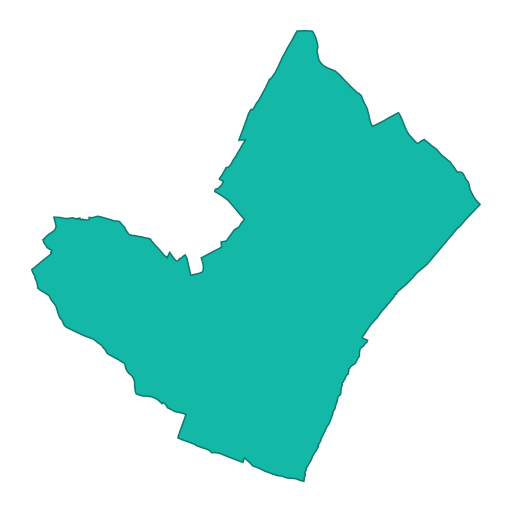 Delesti, Vaslui, Romania
{"feature_id": "2599482B7658648918127", "entity_name": "Delesti", "entity_type": "district", "adm_level": 2, "iso_a3": "ROU", "parent_name": "Romania", "parent_adm1": "Vaslui", "projection": "albers", "projection_center": [27.539, 46.694], "detail": "fine", "context": "isolated", "style": "filled", "palette": "teal", "viewbox_px": 512, "rotation_deg": 0, "n_neighbors": 0, "source": "geoboundaries", "source_scale": "gbopen_adm2", "svg_char_len": 5993}
<svg xmlns="http://www.w3.org/2000/svg" viewBox="0 0 512 512"><path d="M303.9,481.3L304.0,480.9L304.0,480.0L304.2,479.2L304.3,478.5L304.2,478.0L304.9,476.2L305.3,474.2L305.1,473.8L304.8,473.1L304.7,472.7L306.0,470.4L306.2,469.6L306.1,469.2L306.0,468.7L311.2,459.9L312.9,455.8L313.7,454.3L314.5,452.9L316.0,451.0L318.6,446.2L317.8,445.3L318.8,444.3L319.5,442.9L320.4,441.3L320.9,440.1L320.9,439.4L324.9,431.1L326.5,427.6L327.5,425.9L328.3,424.9L329.2,423.3L329.6,422.1L331.0,418.8L332.6,414.2L332.9,413.3L333.0,412.2L333.4,411.1L333.9,410.1L334.5,409.6L334.8,409.1L335.6,405.5L335.8,404.9L336.4,403.6L337.1,401.3L338.1,396.7L338.3,396.4L339.8,395.2L340.4,394.6L340.9,392.5L341.0,391.4L341.0,389.9L341.1,388.6L341.6,386.8L342.3,385.1L342.1,384.4L342.0,383.7L342.1,383.2L343.2,382.0L343.9,380.3L344.7,379.6L345.0,378.2L345.4,377.7L345.9,376.4L347.2,374.3L347.7,373.9L348.2,373.9L348.3,372.9L348.7,371.4L348.7,370.6L348.9,370.0L348.8,369.5L348.8,369.2L348.9,368.8L348.9,368.6L349.8,368.1L350.6,366.8L351.4,366.0L353.0,365.0L355.2,363.4L355.9,362.4L356.8,360.5L357.6,359.0L357.8,358.2L358.1,357.7L359.0,356.9L359.2,356.5L359.4,355.4L359.5,354.3L359.4,353.5L359.6,351.9L359.8,350.1L360.3,348.5L361.1,347.6L361.4,347.6L361.7,347.5L363.6,345.9L365.8,342.7L366.7,342.7L367.6,340.3L364.8,339.0L363.5,338.6L362.7,338.2L362.1,337.6L362.9,336.3L370.7,324.7L375.5,319.4L377.6,317.0L379.6,314.1L382.0,310.9L387.0,305.4L387.3,305.1L387.2,304.7L388.7,303.3L393.1,298.0L394.3,296.3L394.7,295.6L394.5,294.9L394.8,294.6L396.6,293.8L396.5,292.9L397.4,291.9L405.8,284.7L409.7,280.9L417.2,272.6L427.0,264.4L444.6,243.5L448.0,239.3L451.6,235.2L455.0,231.1L456.5,229.2L459.5,226.6L463.7,222.0L465.6,219.5L468.0,217.1L469.2,215.8L480.1,204.4L478.9,203.2L475.8,199.9L473.9,197.1L471.4,192.4L470.1,189.7L469.0,184.6L468.4,182.4L467.5,181.1L465.5,178.6L464.3,175.8L462.6,173.0L459.9,171.9L458.1,172.1L456.8,171.5L455.4,169.4L454.3,167.5L453.1,166.3L451.4,163.8L450.5,162.1L448.4,160.7L444.9,157.6L442.6,156.1L438.8,151.9L436.7,149.4L431.3,145.4L428.6,143.0L425.2,140.4L424.4,139.5L423.9,139.6L421.3,141.0L418.4,143.1L416.8,143.2L409.1,134.8L407.7,132.5L406.3,130.0L404.4,125.5L401.8,118.9L399.4,114.0L398.4,112.7L389.2,117.6L384.7,120.3L379.4,123.0L374.6,125.4L372.3,126.3L370.7,122.9L369.1,116.8L368.6,114.1L367.9,111.7L367.7,110.1L366.3,106.7L363.7,101.8L362.8,99.7L361.3,95.6L359.0,93.5L357.1,92.6L350.1,85.9L345.8,81.5L339.3,74.6L335.2,71.0L331.8,69.7L326.1,67.2L323.1,65.3L321.0,63.2L319.1,60.3L318.7,58.9L317.0,51.2L317.0,50.5L317.8,47.5L317.9,46.2L316.2,38.8L313.7,33.3L312.7,31.6L312.0,31.0L309.3,31.0L305.4,30.7L297.1,31.0L294.1,36.2L291.8,40.6L287.0,48.8L285.2,52.4L283.2,55.8L281.7,58.6L281.1,60.3L280.2,62.2L277.1,68.9L275.1,72.7L271.5,77.9L269.4,79.5L265.7,87.5L258.3,101.1L257.9,101.4L256.8,102.6L254.4,107.0L252.7,109.8L252.2,109.4L251.1,109.4L250.5,110.1L248.5,113.7L245.0,123.8L239.0,139.9L239.0,140.4L240.6,140.0L244.3,139.9L245.4,140.1L242.4,144.7L239.9,149.2L237.4,153.3L236.4,155.5L233.1,160.2L230.8,164.6L228.8,166.9L226.1,167.7L222.4,174.4L219.7,178.2L219.3,179.2L223.3,181.3L222.4,183.7L221.8,184.7L220.8,185.9L218.3,188.4L215.3,189.3L215.2,190.0L214.7,191.5L222.0,195.8L227.3,199.6L228.4,200.7L233.4,206.4L239.7,214.1L244.4,219.5L241.2,223.3L239.2,226.7L237.6,227.9L235.2,229.2L233.9,230.4L226.3,241.0L221.1,242.0L221.5,247.3L215.0,250.6L201.2,257.9L202.4,261.3L203.3,265.5L203.4,267.6L202.8,271.6L202.2,272.0L198.6,273.5L195.2,274.2L190.8,275.3L186.8,257.8L185.1,254.9L183.6,256.0L182.7,256.5L182.4,257.2L181.3,258.1L179.4,258.6L179.0,259.6L178.6,260.2L177.1,261.1L176.1,260.8L173.7,258.2L169.7,252.4L167.0,257.9L166.2,256.6L165.0,256.0L163.8,255.1L162.5,253.3L157.5,247.5L155.3,245.5L151.6,241.0L151.1,240.1L150.5,239.2L148.9,238.4L146.0,238.0L143.4,237.4L141.2,236.7L138.9,236.5L135.6,235.7L133.5,235.5L132.8,235.5L131.6,235.2L129.4,234.6L128.7,234.1L126.3,230.7L125.7,229.8L124.8,227.6L124.3,227.0L122.8,225.3L122.1,224.8L120.6,222.7L119.5,221.7L118.4,221.2L114.3,220.9L106.9,218.6L100.8,216.9L97.9,216.2L92.3,217.7L91.4,217.7L89.1,217.4L89.2,219.2L88.7,219.8L88.0,220.0L86.9,220.1L85.0,219.8L84.1,219.8L82.4,219.1L81.8,219.8L80.6,219.7L79.6,219.2L79.4,218.9L80.1,218.3L79.9,218.1L78.4,218.3L77.3,219.0L76.9,219.0L77.0,218.7L76.9,218.5L76.3,218.8L76.0,218.8L74.6,218.6L73.2,217.8L66.2,218.6L63.4,218.2L60.3,217.5L54.0,217.1L54.0,218.0L55.2,222.2L56.1,226.3L55.9,227.4L54.8,229.8L53.2,231.3L48.1,234.8L45.4,237.4L44.1,238.9L42.9,239.7L43.3,240.8L43.5,242.1L44.1,242.8L44.7,244.0L45.9,245.2L47.1,247.7L47.9,248.0L48.7,248.5L49.4,249.3L51.1,249.8L51.9,250.4L51.5,251.3L51.0,251.9L51.3,252.5L50.8,252.5L50.7,252.9L51.1,254.0L40.4,262.4L39.1,263.7L33.7,268.1L31.9,269.3L31.9,270.1L33.2,273.4L34.9,276.0L35.1,276.7L34.9,277.7L35.3,278.8L36.8,282.0L37.5,285.5L37.8,288.1L41.1,290.8L44.7,292.7L48.9,295.5L50.2,297.7L50.9,299.4L54.7,304.3L55.8,306.1L56.1,306.6L58.5,314.7L60.1,318.2L62.0,320.1L63.0,322.6L64.5,325.6L66.1,327.0L67.0,327.6L75.9,331.9L85.3,336.2L93.2,339.0L98.6,343.2L102.3,345.9L102.9,347.5L104.9,349.2L106.9,353.0L109.2,354.7L112.1,356.3L118.5,359.7L119.9,360.7L124.3,363.3L124.9,364.4L125.2,366.0L125.9,368.7L127.1,371.0L128.8,373.3L132.0,375.9L133.8,379.2L134.6,382.1L134.6,385.9L135.3,391.3L136.1,393.6L137.2,394.3L140.4,395.3L142.5,396.0L146.9,396.1L151.9,396.9L154.7,398.0L157.3,399.4L159.1,400.9L162.0,403.7L162.6,402.7L163.6,402.8L165.8,404.6L167.3,407.4L167.9,408.0L172.7,410.2L174.1,411.2L175.3,411.6L182.9,413.3L185.2,414.4L186.0,414.5L183.6,421.2L178.3,436.0L177.9,437.9L182.1,439.7L189.5,442.3L195.1,444.5L196.2,445.5L202.1,447.7L207.2,449.3L209.8,450.6L211.0,452.1L211.7,452.7L213.2,452.7L214.3,452.3L215.3,452.7L217.1,452.9L218.3,452.9L218.7,453.2L220.6,453.7L229.2,457.2L242.9,462.4L244.3,458.3L245.0,458.1L246.9,460.1L250.6,463.4L251.6,464.7L252.7,465.8L259.4,468.4L265.5,471.5L267.0,471.9L274.3,474.6L278.0,475.7L281.6,476.0L286.4,477.8L288.4,478.1L290.7,478.2L295.0,478.6L297.6,479.3L299.8,480.3L303.9,481.3Z" fill="#14b8a6" stroke="#0f766e" stroke-width="1.5"/></svg>